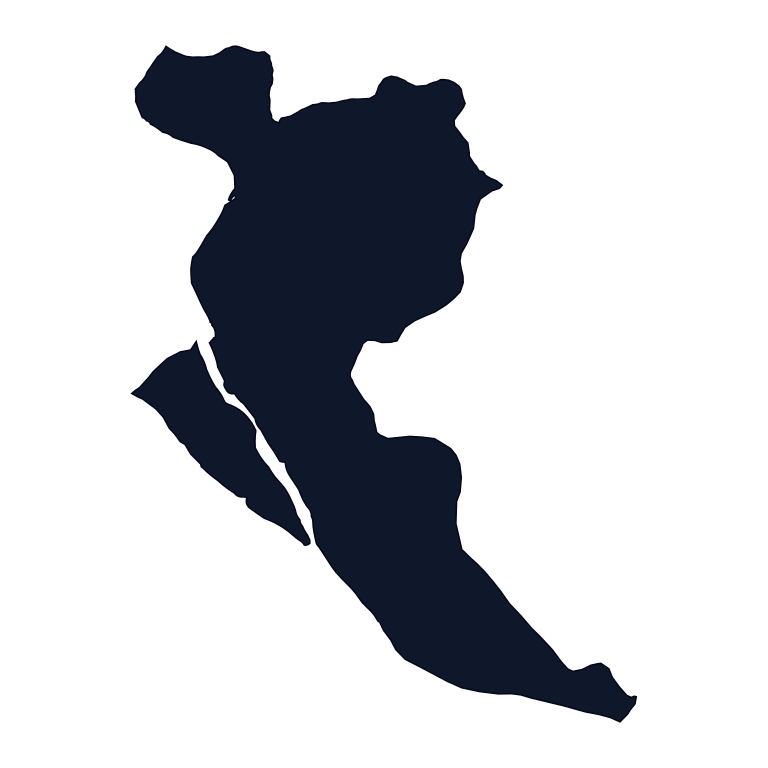 Qanatir Al-Khayriyya, Al Qalyubiyah, Egypt
{"feature_id": "37247803B61234943331501", "entity_name": "Qanatir Al-Khayriyya", "entity_type": "district", "adm_level": 2, "iso_a3": "EGY", "parent_name": "Egypt", "parent_adm1": "Al Qalyubiyah", "projection": "mercator", "projection_center": [31.132, 30.214], "detail": "fine", "context": "isolated", "style": "filled", "palette": "ink", "viewbox_px": 768, "rotation_deg": 0, "n_neighbors": 0, "source": "geoboundaries", "source_scale": "gbopen_adm2", "svg_char_len": 6056}
<svg xmlns="http://www.w3.org/2000/svg" viewBox="0 0 768 768"><path d="M463.2,98.2L461.9,93.4L461.3,89.5L459.0,86.2L454.1,82.5L448.6,80.2L444.0,79.6L440.8,79.6L436.8,81.7L433.6,82.4L429.5,83.9L426.5,85.5L416.0,86.4L407.3,82.5L405.1,80.7L399.4,78.3L397.7,77.4L391.1,76.2L385.7,78.0L383.5,79.4L381.1,83.0L378.9,85.8L377.4,90.5L375.5,95.1L369.7,98.5L357.3,99.2L352.6,99.0L349.8,99.3L347.2,100.1L345.2,100.3L340.6,101.3L336.4,102.4L329.5,103.1L321.5,102.8L317.5,104.2L312.7,104.8L304.9,108.5L301.5,109.7L298.5,111.8L290.7,116.1L285.5,117.4L281.4,118.1L279.5,120.9L279.1,122.9L274.4,121.2L271.6,118.3L271.5,115.2L269.5,110.0L269.9,100.1L269.0,96.0L269.2,91.9L270.2,87.3L272.1,83.7L272.7,78.9L272.0,74.7L272.9,70.5L272.4,68.2L271.5,66.0L271.3,63.4L269.7,59.2L269.6,56.0L264.5,51.9L261.1,52.1L258.9,52.6L255.4,52.2L251.5,51.2L239.5,47.0L236.1,46.1L232.4,46.5L229.3,47.8L225.8,48.6L219.3,53.2L213.1,56.1L203.8,57.2L198.0,57.0L192.7,57.2L186.5,56.5L183.6,55.6L174.4,51.7L173.2,50.8L170.1,49.1L166.0,46.4L164.6,49.0L163.2,51.2L161.6,53.3L160.4,54.5L157.5,57.0L147.0,72.2L146.3,74.2L145.7,75.7L144.0,78.4L142.0,80.8L139.9,82.8L135.2,89.3L135.7,90.5L135.5,91.3L135.9,96.8L135.7,101.5L142.3,117.5L143.7,118.1L144.9,118.9L145.9,119.9L146.5,120.8L147.7,121.0L148.9,121.7L149.9,122.7L150.5,124.1L153.7,125.7L156.7,127.6L159.6,129.7L162.6,132.2L165.8,132.9L168.5,134.0L171.0,135.4L173.1,137.2L180.9,140.0L188.9,142.5L190.8,143.1L196.0,144.1L200.9,145.5L205.6,147.4L210.8,149.8L213.0,151.1L215.8,153.1L218.3,155.5L227.6,161.8L230.8,168.1L234.4,175.5L235.0,188.5L232.9,191.0L231.0,194.0L229.4,197.2L228.5,199.8L228.9,200.2L229.5,200.4L230.1,200.4L230.4,200.2L230.8,199.8L231.8,198.2L232.5,197.2L233.8,195.9L234.8,195.1L235.1,195.7L235.4,196.7L235.4,197.3L235.2,198.3L235.0,198.7L232.0,200.8L224.9,205.4L223.4,209.5L221.9,212.9L220.2,216.1L216.7,222.1L214.8,225.1L211.9,229.4L206.8,235.7L201.6,244.8L197.4,251.6L195.2,254.5L192.8,256.9L191.8,262.1L190.9,268.8L191.1,275.3L191.6,283.1L196.4,293.2L199.2,299.4L202.2,305.7L204.3,309.9L206.1,312.9L208.0,316.4L209.9,320.7L210.1,321.4L210.2,322.3L211.0,322.6L211.6,323.1L211.9,324.1L211.8,325.1L213.3,326.9L214.0,328.1L214.6,329.4L215.2,331.6L215.4,333.5L215.4,335.4L215.2,337.1L214.9,337.5L214.7,337.7L213.9,337.7L212.6,339.4L211.1,340.9L210.2,342.2L209.4,342.8L211.1,346.3L212.8,350.3L215.3,356.9L216.8,362.0L217.8,367.3L224.4,380.3L224.5,381.5L224.1,383.5L224.0,384.8L224.2,386.1L224.7,387.4L225.8,389.0L226.8,390.9L227.7,391.9L228.8,392.8L230.1,393.4L231.4,393.7L232.8,393.8L234.6,393.6L236.1,396.1L238.4,399.0L241.0,401.7L243.7,403.8L255.1,418.5L255.4,420.2L256.0,422.3L256.9,424.4L257.6,425.7L259.4,428.2L261.0,429.9L264.9,437.1L268.5,443.6L271.9,448.4L274.2,451.9L277.6,457.5L279.8,461.3L282.3,462.0L283.5,462.1L285.2,462.1L285.5,464.8L286.0,467.4L286.8,470.0L288.2,473.2L289.2,475.0L298.9,489.8L301.0,495.3L303.3,500.3L306.3,505.4L309.9,510.1L310.8,512.1L311.3,514.2L311.4,516.5L312.2,518.2L312.8,520.3L313.2,526.9L314.1,532.8L316.1,542.3L316.7,544.1L319.6,547.9L331.7,566.4L335.8,572.1L342.1,578.9L351.2,588.1L355.9,593.7L362.6,603.0L363.9,604.1L366.3,606.7L370.3,610.5L373.8,614.5L375.2,616.6L378.1,621.3L379.7,622.1L383.6,630.4L391.0,640.3L395.8,649.6L405.3,659.4L420.7,667.2L447.4,681.4L461.8,687.8L479.1,691.5L498.4,693.9L511.6,693.7L520.9,694.9L531.6,698.1L562.9,705.6L585.6,711.9L598.3,714.3L610.3,717.5L620.0,721.9L627.7,714.0L630.1,710.0L635.0,703.9L636.3,696.7L634.2,696.2L631.3,697.4L626.8,695.4L619.6,687.3L612.3,677.4L608.8,668.7L600.8,663.3L597.3,663.8L590.7,665.3L582.2,669.5L572.9,671.4L567.8,669.0L561.3,661.8L552.3,649.7L540.1,636.6L531.8,628.5L520.8,615.7L509.3,603.6L500.9,591.6L493.3,581.9L484.3,571.3L476.4,563.3L470.7,558.2L461.8,549.5L455.9,523.6L456.6,501.4L460.1,492.0L461.3,477.6L459.7,464.0L455.9,455.1L450.9,448.9L448.5,447.2L434.6,438.7L421.7,437.1L409.7,436.4L387.9,438.6L379.5,434.8L376.7,432.4L375.0,424.2L374.1,421.0L373.5,414.0L369.8,406.5L363.5,399.3L354.0,384.5L351.9,379.6L350.9,378.2L350.3,376.4L350.0,374.8L350.6,371.4L354.1,363.8L357.0,356.1L360.4,349.9L363.0,343.6L367.4,340.1L374.9,340.4L381.7,342.5L390.4,342.3L397.1,340.8L400.5,334.6L404.9,327.4L414.6,320.7L424.9,316.0L435.0,311.8L446.1,304.8L453.6,298.6L460.1,291.9L463.2,282.9L463.0,276.2L461.1,268.1L459.9,261.0L461.2,253.2L466.5,244.0L469.6,237.2L473.5,228.3L474.9,215.0L476.7,208.3L480.3,199.0L491.7,190.9L499.4,188.3L502.2,185.2L496.3,180.7L489.8,178.0L484.9,174.9L484.8,173.7L482.6,171.4L479.1,171.0L476.1,166.0L473.8,163.4L469.3,156.3L469.2,152.5L467.8,142.9L463.1,137.6L459.9,133.0L454.5,126.2L454.1,120.3L457.0,116.1L460.6,111.5L463.5,107.2L465.1,103.4L463.2,98.2ZM131.7,393.5L137.5,396.7L142.6,399.0L155.8,408.8L163.2,417.0L169.4,428.4L174.5,433.8L180.3,441.7L185.0,444.4L190.8,454.2L200.6,464.0L201.4,467.0L202.6,467.7L206.1,471.1L210.0,474.5L214.1,477.8L217.3,480.1L222.8,484.9L228.8,489.4L234.5,493.2L235.8,494.7L237.1,495.6L238.4,496.3L239.9,496.8L241.9,497.0L244.1,496.9L245.5,497.2L246.9,497.7L246.5,499.1L246.3,500.7L246.3,502.2L246.5,503.2L247.0,504.6L247.5,505.5L248.4,506.8L249.4,507.8L257.5,513.6L264.2,518.2L268.6,519.9L274.0,522.3L280.1,525.7L283.8,528.0L288.6,531.5L296.4,538.1L301.7,541.8L303.3,543.5L304.3,545.1L305.9,545.2L307.1,544.9L308.7,544.2L309.9,543.2L309.7,539.7L308.4,537.4L307.6,535.3L305.9,532.8L304.0,529.6L302.3,525.8L301.6,525.0L300.8,523.8L300.1,522.0L299.9,519.9L298.2,517.7L296.8,515.2L295.8,512.4L295.3,510.0L293.7,505.6L289.3,496.2L287.3,492.5L284.5,488.0L281.0,483.8L276.6,478.9L274.7,476.6L271.4,471.9L268.4,466.9L264.9,463.1L262.3,459.6L260.6,457.3L258.3,453.6L255.6,448.5L255.2,447.6L255.0,441.2L255.2,436.4L255.8,430.5L253.4,425.8L251.4,422.5L248.4,418.4L245.9,415.5L242.7,412.4L239.2,409.7L235.4,407.4L231.5,405.5L226.9,403.7L225.4,402.6L224.6,401.6L222.3,396.8L220.6,393.9L218.0,390.2L215.3,387.0L212.0,381.2L209.3,375.9L206.4,369.2L205.4,365.4L203.8,361.3L201.9,357.4L200.0,354.4L198.3,349.4L196.2,341.5L190.6,350.0L180.3,351.9L167.3,358.6L160.4,364.9L153.2,371.7L148.7,377.5L139.5,387.7L135.3,390.4L131.7,393.5Z" fill="#0f172a" stroke="#020617" stroke-width="1.5"/></svg>